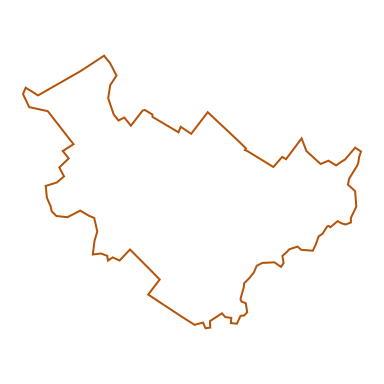 the district of Cumberland, Maine, United States of America
{"feature_id": "52423323B1256829191477", "entity_name": "Cumberland", "entity_type": "district", "adm_level": 2, "iso_a3": "USA", "parent_name": "United States of America", "parent_adm1": "Maine", "projection": "natural_earth1", "projection_center": [-70.316, 43.849], "detail": "fine", "context": "isolated", "style": "outline", "palette": "amber", "viewbox_px": 384, "rotation_deg": 0, "n_neighbors": 0, "source": "geoboundaries", "source_scale": "gbopen_adm2", "svg_char_len": 1641}
<svg xmlns="http://www.w3.org/2000/svg" viewBox="0 0 384 384"><path d="M194.7,324.9L194.9,324.7L203.0,322.6L205.6,328.3L209.7,327.6L210.2,327.6L210.0,321.1L220.3,314.4L221.9,313.3L222.4,313.9L225.4,317.1L231.3,317.9L230.9,323.1L236.9,323.7L240.6,315.8L244.1,315.5L247.2,312.3L245.8,303.2L241.4,301.5L240.5,298.9L243.7,287.5L244.0,285.1L244.2,283.2L249.3,278.2L254.0,272.2L255.4,268.8L256.8,265.7L262.4,262.9L269.1,262.6L274.4,262.3L281.0,266.9L283.6,263.0L282.4,255.9L284.6,254.0L286.6,252.2L289.3,249.3L291.9,248.4L297.6,246.6L301.1,249.8L312.8,250.7L315.7,244.6L318.7,236.3L322.6,233.7L327.2,226.4L328.8,226.0L330.4,227.2L337.6,221.2L341.5,223.3L345.6,224.5L350.9,222.5L350.9,217.9L356.3,206.6L355.1,191.1L348.0,184.7L349.1,178.7L357.1,165.8L358.4,162.2L359.1,157.0L361.0,151.5L355.1,147.7L345.0,159.6L341.9,161.4L336.1,165.4L328.5,160.7L320.6,164.0L306.4,151.0L301.6,138.4L286.0,159.2L282.2,156.9L273.4,167.0L247.1,150.9L244.9,150.1L246.0,148.4L236.3,139.0L207.7,112.2L191.2,133.8L180.7,126.8L178.5,132.3L152.5,116.9L152.4,114.5L144.9,110.0L142.7,110.5L130.9,125.7L124.3,117.5L118.5,120.5L113.7,114.5L108.2,98.2L110.2,85.2L116.5,75.5L109.8,62.7L107.2,59.7L104.1,55.7L80.2,71.3L38.0,95.4L25.7,87.7L23.0,94.1L29.2,107.1L47.8,111.2L73.5,144.2L62.8,151.0L68.7,158.4L59.3,167.5L64.0,176.4L56.8,182.5L45.7,185.9L46.9,197.7L50.8,206.8L51.7,211.3L56.4,216.0L67.5,217.2L80.2,210.6L89.2,215.9L94.2,217.9L97.3,231.5L94.5,240.9L92.8,254.5L100.8,253.5L107.2,255.8L108.0,260.6L112.7,257.4L119.6,260.5L130.0,249.5L148.7,268.3L159.7,279.5L156.1,284.2L148.2,294.6L182.2,317.0L182.4,317.1L194.7,324.9Z" fill="none" stroke="#b45309" stroke-width="2"/></svg>